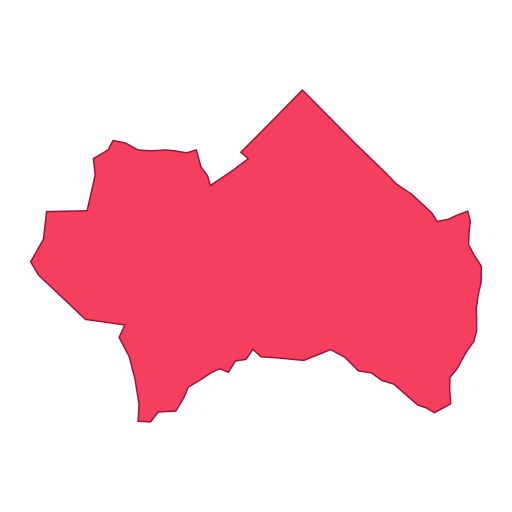 Estação, Rio Grande do Sul, Brazil
{"feature_id": "56859067B47063439321090", "entity_name": "Estação", "entity_type": "district", "adm_level": 2, "iso_a3": "BRA", "parent_name": "Brazil", "parent_adm1": "Rio Grande do Sul", "projection": "orthographic", "projection_center": [-52.286, -27.926], "detail": "fine", "context": "isolated", "style": "filled", "palette": "rose", "viewbox_px": 512, "rotation_deg": 0, "n_neighbors": 0, "source": "geoboundaries", "source_scale": "gbopen_adm2", "svg_char_len": 1117}
<svg xmlns="http://www.w3.org/2000/svg" viewBox="0 0 512 512"><path d="M93.4,158.6L95.2,175.1L87.1,210.8L46.6,211.6L43.5,239.1L35.7,253.0L30.7,261.8L38.5,275.0L85.4,319.4L124.9,325.0L119.1,337.4L129.2,356.5L134.9,378.5L139.1,404.4L138.1,421.3L150.5,421.9L158.3,412.0L175.8,411.0L184.1,397.2L188.2,387.2L199.9,380.1L211.8,372.3L219.6,368.7L228.3,372.3L235.5,360.9L246.0,359.4L252.9,349.2L260.9,356.8L276.8,357.8L303.8,360.4L330.6,349.6L345.1,357.4L358.4,370.9L371.5,372.9L382.0,380.5L393.8,384.1L417.9,405.2L426.1,407.8L434.4,412.7L450.7,403.8L449.7,389.8L449.8,377.5L457.1,368.7L461.5,360.5L466.7,351.3L473.8,341.4L476.6,330.6L476.6,318.4L476.3,308.5L478.1,295.1L481.1,282.2L481.3,266.2L473.8,254.5L468.5,244.5L469.1,231.7L470.3,221.0L467.7,211.2L457.0,215.2L448.0,219.4L437.1,221.4L432.0,213.2L412.2,194.7L396.2,183.9L385.7,173.0L356.5,144.7L302.4,90.1L261.8,131.3L240.8,152.3L248.3,158.6L232.0,171.0L210.3,185.5L207.7,176.2L200.9,166.8L196.3,149.9L186.7,152.9L175.0,150.9L165.8,149.9L151.3,150.9L138.0,150.0L125.7,143.1L113.1,140.5L108.0,150.0L93.4,158.6Z" fill="#f43f5e" stroke="#9f1239" stroke-width="1.5"/></svg>